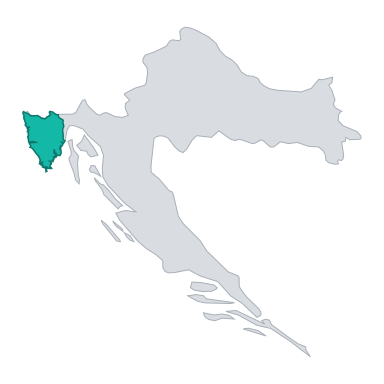 where Istarska sits in Croatia
{"feature_id": "HRV-1592", "entity_name": "Istarska", "entity_type": "County", "adm_level": 1, "iso_a3": "HRV", "parent_name": "Croatia", "parent_adm1": "", "projection": "mercator", "projection_center": [13.894, 45.143], "detail": "fine", "context": "in_parent", "style": "filled", "palette": "teal", "viewbox_px": 384, "rotation_deg": 0, "n_neighbors": 0, "source": "natural_earth", "source_scale": "10m", "svg_char_len": 6466}
<svg xmlns="http://www.w3.org/2000/svg" viewBox="0 0 384 384"><path d="M27.4,111.2L29.6,114.5L44.6,118.4L47.9,116.7L49.9,114.0L49.9,112.3L51.2,111.8L56.5,114.4L72.8,114.1L76.1,112.1L82.2,100.7L84.2,99.7L85.5,100.2L86.5,103.6L88.8,106.7L97.0,114.4L100.1,115.3L103.1,113.2L106.3,112.6L115.2,116.6L122.7,117.4L128.3,115.3L125.6,109.2L125.1,106.1L125.5,103.4L129.3,100.7L129.1,99.5L124.5,94.8L124.7,93.5L134.9,88.2L144.7,85.2L146.2,82.9L147.6,72.9L147.0,67.5L143.1,62.5L142.8,60.0L143.8,57.3L145.3,55.0L153.8,52.2L166.2,46.3L170.0,40.8L172.3,39.9L179.2,40.7L180.7,39.3L179.7,31.5L181.0,29.5L184.6,27.2L190.6,28.1L195.7,30.1L209.0,37.1L216.1,43.5L220.0,50.6L225.3,56.1L232.0,60.0L237.3,65.2L241.2,71.9L246.7,75.6L253.7,76.4L258.2,78.6L260.1,82.4L263.9,85.8L269.7,88.8L278.6,90.4L301.2,91.9L311.3,88.3L318.9,79.2L322.1,79.8L332.6,77.2L331.9,82.6L328.8,85.1L332.0,90.7L335.0,99.8L333.3,104.3L335.3,107.8L341.7,111.4L339.9,112.4L338.4,115.4L338.3,120.8L343.3,125.9L356.9,131.5L360.9,136.0L361.0,137.9L360.2,139.2L349.8,139.7L345.8,137.3L345.4,141.0L341.6,142.1L343.7,155.4L342.9,159.2L341.5,160.5L338.5,159.8L337.7,161.0L338.4,163.9L334.6,164.2L328.6,162.7L325.9,160.2L325.4,155.1L323.4,151.1L318.7,147.0L308.7,146.3L297.0,142.4L288.6,143.6L280.5,141.8L273.5,147.0L270.0,146.9L263.0,140.4L260.9,140.0L254.7,143.3L252.2,143.5L242.0,140.0L238.3,139.4L235.5,140.6L230.6,139.3L218.8,130.8L211.5,137.3L196.6,135.7L192.1,140.1L187.1,148.5L183.0,152.6L179.4,151.1L175.2,147.4L167.8,137.9L164.0,136.2L159.8,135.8L156.0,136.8L154.0,138.7L151.1,164.9L151.1,172.2L159.3,179.0L169.0,190.6L172.1,191.9L173.6,195.7L178.4,216.4L183.3,223.7L200.0,240.5L207.0,251.2L228.3,271.9L237.6,275.6L239.1,277.5L239.2,285.5L240.2,288.5L246.5,296.9L259.2,309.2L260.7,312.0L261.1,314.1L260.3,315.7L257.0,317.4L242.3,303.5L230.8,296.0L217.9,281.7L200.5,276.1L188.7,269.8L173.7,272.7L168.8,272.8L165.3,271.7L162.9,267.8L162.8,260.8L155.9,254.6L146.4,248.6L137.5,240.8L119.5,219.9L115.9,213.1L125.2,210.5L135.9,211.9L124.3,202.9L107.8,185.3L102.9,177.0L102.3,168.0L103.5,155.6L100.5,146.7L87.8,135.2L83.1,129.1L73.7,125.5L69.5,125.8L67.0,130.3L65.1,140.3L49.6,166.6L43.6,166.4L36.8,154.0L30.4,144.5L28.9,134.5L23.9,114.1L27.4,111.2ZM305.7,346.9L305.8,349.8L310.4,356.8L289.9,341.1L270.6,328.4L256.9,325.3L238.2,315.0L226.0,311.4L236.0,310.5L264.9,324.2L261.7,320.6L265.8,319.2L269.4,320.2L271.6,324.7L287.8,336.7L298.1,343.8L305.7,346.9ZM79.6,180.7L79.1,183.8L75.6,179.9L73.9,172.8L69.5,161.3L68.9,158.1L71.2,154.9L71.1,151.6L68.0,141.5L70.6,139.9L72.1,139.7L72.7,146.7L74.1,150.7L78.4,155.7L77.5,163.9L78.4,175.5L79.6,180.7ZM98.0,155.1L90.9,156.9L87.6,153.8L86.7,151.2L80.9,150.4L76.7,145.3L81.6,141.4L84.3,135.0L93.9,148.0L98.0,155.1ZM211.1,291.3L202.1,291.5L194.2,290.1L190.4,287.6L191.9,282.1L200.6,282.5L213.9,285.0L217.2,287.8L216.2,289.2L211.1,291.3ZM234.5,302.7L230.5,303.5L205.1,302.9L197.6,301.3L187.7,295.8L196.0,294.6L203.7,295.8L206.1,298.8L234.5,302.7ZM119.7,206.8L118.2,208.9L103.9,194.7L102.3,190.0L95.2,180.3L94.1,177.7L100.6,184.1L103.0,184.7L109.2,190.8L115.3,198.8L122.6,205.6L119.7,206.8ZM203.4,312.8L214.0,315.0L221.8,314.0L228.8,315.3L234.2,319.0L222.1,318.2L214.9,320.7L208.5,319.4L206.0,317.7L204.3,315.7L203.4,312.8ZM119.7,239.8L120.4,241.7L116.7,241.0L102.6,223.6L101.1,220.2L106.2,224.2L119.7,239.8ZM94.8,165.8L100.7,176.3L95.3,173.1L90.4,171.9L89.4,169.5L91.1,165.6L94.8,165.8ZM258.2,330.6L266.1,336.0L243.1,328.9L248.2,328.2L258.2,330.6ZM130.1,235.7L133.9,241.6L130.3,240.4L126.6,236.7L124.3,232.7L130.1,235.7ZM122.1,228.6L123.0,231.4L115.9,226.1L112.6,221.0L122.1,228.6Z" fill="#d9dde1" stroke="#a8b0b8" stroke-width="1"/><path d="M31.1,115.9L32.1,115.9L37.8,115.6L40.5,117.3L41.3,118.1L42.2,118.4L45.2,118.8L45.8,118.4L46.4,117.6L47.2,116.8L49.9,115.6L50.6,114.6L49.4,113.1L49.4,112.3L49.6,111.7L50.0,111.4L50.9,111.6L52.4,111.9L53.2,112.4L54.0,113.1L55.4,114.2L56.9,114.7L58.3,114.8L58.3,115.5L58.3,115.9L58.5,116.6L59.0,117.4L59.5,118.0L62.6,119.7L63.1,120.1L63.3,120.4L63.1,120.9L62.9,121.3L62.9,121.9L63.0,122.7L63.6,125.2L63.7,126.0L63.7,126.6L63.4,127.5L62.9,128.6L62.8,129.0L62.7,129.5L62.7,130.9L63.2,135.4L63.2,137.4L63.1,138.1L63.1,138.8L63.2,139.3L63.5,139.9L63.7,140.2L65.0,140.7L65.0,140.9L64.9,141.2L63.6,143.0L61.9,142.4L62.8,143.5L62.7,144.7L61.9,145.9L61.0,146.8L60.7,146.2L60.4,146.9L60.4,147.4L60.7,149.0L60.4,148.8L60.0,148.6L59.8,148.5L59.8,149.0L60.7,150.0L61.1,151.7L61.0,153.6L60.3,155.1L59.6,155.6L59.1,155.5L58.7,155.3L58.1,155.1L57.4,155.4L56.7,156.0L56.2,156.7L55.9,157.4L55.5,157.4L55.7,155.8L56.2,155.1L56.4,154.4L55.9,152.9L54.7,151.8L54.5,151.2L54.6,150.6L54.6,150.2L53.9,150.1L54.1,151.1L53.9,152.5L54.1,153.2L54.7,153.5L55.3,153.6L55.7,153.8L55.9,154.6L55.3,155.2L54.5,156.8L54.1,157.2L53.9,156.8L53.6,156.8L53.8,157.4L53.9,158.0L53.8,158.8L53.6,159.6L53.1,159.4L52.9,159.5L53.2,160.1L53.2,160.7L52.9,160.7L52.8,160.8L52.8,161.3L52.2,160.9L50.9,161.3L50.0,161.3L50.5,161.6L50.8,162.0L51.2,162.9L50.8,162.9L50.8,163.4L51.2,163.4L51.2,164.0L50.8,164.3L50.5,164.6L50.0,165.6L50.1,166.2L50.2,166.4L50.2,166.6L50.0,167.3L50.6,167.3L51.0,167.4L51.3,167.8L51.6,168.4L49.5,168.5L48.5,168.3L47.7,167.8L47.6,168.1L47.3,168.4L46.9,167.1L46.4,166.9L45.8,167.1L45.3,166.7L44.9,167.3L45.5,167.6L46.1,168.0L46.4,168.7L46.1,169.5L46.6,170.9L46.9,171.2L46.0,171.7L45.8,170.9L45.9,169.6L45.7,168.4L45.3,168.1L43.6,167.4L43.0,167.3L43.1,167.0L43.2,166.4L43.3,166.2L43.2,166.1L42.7,166.2L43.0,165.6L42.6,165.0L41.9,165.2L41.0,164.9L40.1,164.2L39.4,163.4L39.8,162.9L40.4,163.7L41.3,164.0L42.1,163.5L42.6,162.3L41.0,162.7L40.4,162.5L39.8,161.8L39.8,161.3L40.1,161.0L40.3,160.5L40.6,160.1L40.0,159.3L38.7,156.2L36.3,153.7L33.3,149.5L32.9,149.1L32.2,148.3L31.2,147.6L30.0,147.3L30.3,146.8L30.6,146.0L30.8,145.7L29.4,143.7L30.9,142.7L35.9,142.4L34.8,141.8L33.5,141.6L30.8,141.7L29.4,142.2L28.7,142.1L28.5,141.5L28.6,140.6L28.7,139.9L28.6,139.4L28.1,139.0L28.3,138.5L28.4,138.1L28.1,137.7L27.7,137.3L27.7,136.8L28.1,136.5L28.4,136.0L28.4,135.3L28.1,134.5L28.4,133.7L28.4,132.9L28.0,132.2L27.3,131.8L27.5,131.3L27.8,130.8L28.2,130.6L28.8,130.6L28.8,130.1L28.3,129.8L27.8,129.5L27.5,129.0L27.3,128.4L27.9,128.3L28.4,128.0L29.2,127.3L28.6,126.9L27.0,126.9L26.5,126.8L25.9,126.1L25.3,125.1L25.3,124.3L26.1,123.9L26.1,123.4L25.4,122.7L23.7,117.8L23.8,117.6L24.0,117.5L24.1,117.2L23.9,116.9L24.0,116.7L24.1,116.1L23.2,113.9L23.0,112.7L23.4,111.6L23.7,111.6L24.3,112.1L26.9,113.3L28.1,113.5L30.1,115.6L31.1,115.9Z" fill="#14b8a6" stroke="#0f766e" stroke-width="1.5"/></svg>